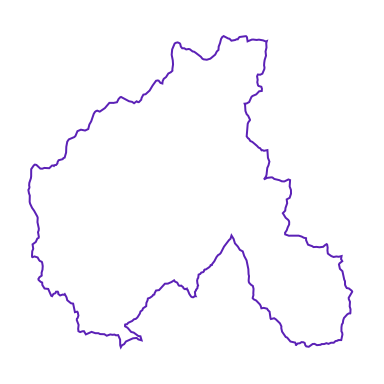 Otuzco, La Libertad, Peru, rotated 182°
{"feature_id": "86281439B7526528114387", "entity_name": "Otuzco", "entity_type": "district", "adm_level": 2, "iso_a3": "PER", "parent_name": "Peru", "parent_adm1": "La Libertad", "projection": "equal_earth", "projection_center": [-78.593, -7.861], "detail": "fine", "context": "isolated", "style": "outline", "palette": "violet", "viewbox_px": 384, "rotation_deg": 182, "n_neighbors": 0, "source": "geoboundaries", "source_scale": "gbopen_adm2", "svg_char_len": 5878}
<svg xmlns="http://www.w3.org/2000/svg" viewBox="0 0 384 384"><g transform="rotate(182 192 192)"><path d="M76.4,149.8L78.7,150.2L80.9,151.3L83.9,152.1L93.7,151.7L97.4,152.9L97.6,154.5L96.0,157.0L95.1,160.0L93.8,162.9L93.8,165.2L94.0,166.2L94.9,167.5L97.5,169.5L100.5,174.0L98.2,176.6L98.0,179.3L96.5,184.1L97.1,187.9L94.2,189.6L93.0,193.7L93.2,197.5L94.6,200.9L94.4,207.3L96.1,207.9L100.0,205.8L102.5,205.8L105.2,206.9L110.2,207.9L112.1,209.3L113.3,209.4L117.6,208.7L120.5,207.1L118.6,210.1L118.1,212.0L117.6,218.7L116.5,221.3L115.7,225.1L117.3,228.8L118.1,236.5L121.5,235.7L123.0,236.3L123.9,236.1L125.4,238.1L127.0,238.7L128.6,240.3L133.5,244.2L135.5,245.0L136.9,247.1L137.9,247.7L139.3,249.5L138.7,262.1L138.1,263.7L136.6,265.8L136.6,266.3L138.5,270.1L140.1,271.7L141.4,274.8L142.0,280.8L142.5,282.1L140.5,282.4L138.0,283.9L136.0,288.9L135.0,290.0L131.2,291.8L128.4,295.0L125.8,295.4L125.7,297.6L126.4,299.6L129.2,300.3L129.8,301.1L130.6,304.0L130.3,306.4L131.0,309.9L130.3,311.7L127.9,311.6L125.8,312.7L124.0,317.4L123.9,319.0L124.4,321.1L124.3,323.8L124.0,326.5L122.8,330.8L123.4,335.0L122.6,338.9L123.0,343.5L122.5,345.4L123.4,345.0L126.2,346.0L130.4,346.6L132.7,346.2L136.1,346.5L137.5,346.4L141.7,344.5L142.5,348.6L143.2,349.5L143.8,349.6L149.7,348.6L150.5,348.0L151.6,346.2L152.8,346.2L154.2,345.4L157.9,344.6L159.9,346.5L161.0,346.6L165.8,348.9L167.2,347.9L168.3,345.9L169.2,341.7L170.4,338.3L170.5,334.9L172.1,333.3L173.6,330.1L178.3,325.9L181.8,324.7L185.1,325.0L186.3,325.6L187.9,327.5L193.4,331.4L194.9,332.3L196.3,332.5L199.2,334.6L200.3,334.8L202.8,334.3L204.8,335.4L206.8,335.3L208.2,336.9L208.9,339.4L209.5,340.2L211.5,341.0L213.2,340.6L214.5,339.8L216.8,333.8L217.1,328.4L215.8,322.8L215.4,318.8L215.9,314.1L215.8,312.5L217.4,310.9L219.8,309.6L221.9,306.0L224.2,304.1L225.2,301.7L225.4,299.4L227.3,299.9L229.2,302.1L230.1,302.3L231.8,301.9L235.1,297.0L237.9,291.9L241.8,288.1L244.0,287.6L245.6,284.4L246.0,282.4L248.2,280.0L249.0,279.9L250.5,280.7L253.0,278.7L255.0,280.0L258.1,280.5L266.2,284.5L267.0,284.2L268.6,282.4L270.1,279.1L273.6,278.3L277.7,278.2L282.0,272.8L287.0,269.1L289.6,270.0L290.9,269.4L291.8,268.6L292.9,266.7L295.2,259.1L296.9,255.9L297.9,251.3L301.0,249.7L305.2,250.4L308.6,248.8L310.4,244.0L311.5,242.8L316.9,240.3L318.4,238.0L319.2,232.8L319.2,227.0L320.5,221.9L321.7,221.4L322.4,220.3L326.4,219.1L327.4,217.2L327.5,215.9L328.7,214.3L330.3,214.0L330.9,213.2L331.6,213.7L332.9,213.5L335.5,210.8L340.4,210.9L342.4,210.1L344.4,210.1L348.4,213.6L350.0,213.9L351.1,213.0L353.5,209.2L353.3,202.0L353.5,200.1L354.9,195.4L355.0,192.8L354.6,191.2L354.8,190.1L355.6,188.3L354.9,185.1L354.0,182.8L353.9,176.5L353.4,174.7L351.3,170.6L349.1,167.7L345.7,162.0L345.3,160.8L345.4,156.5L343.8,150.1L343.9,148.2L344.5,146.5L343.5,141.9L343.7,140.8L345.0,140.0L346.4,136.6L349.5,134.1L348.7,129.7L349.6,127.2L349.7,122.4L349.5,121.5L349.1,121.3L347.2,122.1L344.0,121.2L342.5,118.7L341.7,117.8L339.7,117.0L339.2,115.8L338.6,112.8L338.7,109.3L339.5,106.0L339.3,103.2L341.5,101.5L342.5,99.7L342.2,98.7L340.2,97.0L338.6,96.3L338.3,93.8L336.0,90.4L332.3,90.1L329.1,83.4L328.2,83.0L326.9,85.3L325.0,86.1L324.4,87.6L322.7,87.7L322.2,87.0L322.1,85.5L320.2,84.0L317.6,85.0L316.3,84.8L315.6,85.5L313.7,82.3L312.9,79.5L309.1,76.6L306.9,76.3L304.8,67.8L302.6,68.4L302.0,67.8L301.2,64.5L301.9,62.1L302.6,61.3L302.7,60.0L300.7,55.2L301.0,51.2L300.6,48.9L298.9,48.1L296.6,49.0L295.1,49.1L293.1,46.0L287.5,48.7L283.6,47.5L280.6,47.6L278.9,46.8L274.6,46.8L272.2,45.4L268.7,46.8L266.5,46.5L264.4,46.8L263.0,46.1L260.8,46.4L258.7,42.0L258.4,36.4L257.7,34.4L256.7,36.3L254.5,37.6L252.8,40.3L245.9,43.7L242.2,44.2L240.5,42.8L237.2,42.0L238.5,46.0L240.6,46.2L245.4,49.5L247.9,50.0L251.7,54.1L254.2,55.4L254.3,56.8L254.1,57.3L252.3,57.6L251.1,59.1L247.3,61.0L245.5,62.8L243.8,63.2L242.2,64.7L239.9,68.6L239.3,70.8L237.5,72.2L236.9,74.0L233.8,76.3L233.7,79.6L232.6,82.3L232.4,84.0L230.2,84.9L227.9,86.7L227.2,87.9L226.1,88.2L225.8,89.6L224.5,92.3L221.5,92.8L215.9,99.4L212.9,99.6L209.4,101.3L206.8,103.1L205.9,101.9L203.6,100.9L202.0,98.1L200.7,97.8L199.6,98.1L197.6,96.6L197.0,95.4L195.8,94.7L193.9,95.2L194.0,94.5L193.0,94.2L191.1,90.0L189.3,87.5L188.2,86.9L186.9,86.9L185.7,88.0L184.7,88.0L185.1,88.7L185.6,92.2L184.5,93.9L184.5,94.6L183.3,95.9L183.1,98.0L182.6,98.6L183.4,100.8L183.8,103.6L183.4,105.5L182.8,106.4L182.5,109.7L180.9,110.4L179.9,111.8L178.1,112.3L177.4,113.0L177.1,114.4L176.4,115.0L175.6,115.0L172.5,117.2L171.1,118.6L170.8,119.6L169.6,119.7L169.3,120.8L167.3,123.5L165.2,127.9L163.7,129.9L162.2,130.8L161.1,132.1L158.1,138.5L153.3,145.3L151.9,146.6L151.0,149.9L148.8,146.6L147.3,142.2L144.3,139.1L142.2,135.9L139.2,134.4L137.6,129.9L135.1,125.6L133.0,116.9L132.6,111.8L132.1,110.0L132.3,105.7L132.1,104.1L131.5,103.0L129.7,101.3L127.9,100.2L127.1,97.3L127.2,92.8L127.0,91.2L127.7,88.1L126.6,86.9L124.1,85.8L120.2,82.0L119.3,80.4L118.6,78.2L116.2,78.7L112.9,78.0L111.9,76.5L110.3,75.1L109.1,68.4L108.7,67.8L105.5,68.7L103.8,67.7L99.5,63.8L98.0,60.9L98.0,59.0L97.1,55.6L93.3,50.4L91.8,49.8L88.4,46.0L83.6,45.1L82.9,43.6L82.8,42.1L82.4,43.0L81.0,44.3L79.0,44.6L77.3,45.8L75.3,45.7L74.1,45.0L73.4,42.8L72.4,41.7L69.9,41.4L66.1,44.3L64.2,44.5L61.8,43.3L58.1,43.8L57.3,44.5L54.5,44.7L52.4,45.6L50.3,45.0L47.8,46.2L45.1,46.3L43.4,48.0L41.3,48.5L40.7,49.1L37.7,49.2L36.7,54.8L37.0,56.6L37.8,58.0L37.9,62.0L37.6,64.8L36.7,66.3L36.4,69.1L35.7,71.4L32.5,75.2L31.1,76.1L29.6,76.2L29.5,76.5L29.5,80.4L30.4,83.1L30.3,87.8L31.6,90.5L31.7,91.8L28.4,97.9L28.9,98.9L31.9,101.1L34.0,101.4L35.1,103.1L35.8,104.6L36.0,108.2L36.8,109.7L38.9,118.1L41.5,120.4L42.6,124.7L42.1,125.8L39.4,128.1L40.7,130.2L40.3,133.2L43.0,132.4L45.5,132.6L48.2,132.0L50.5,132.8L53.7,134.9L54.1,135.3L54.6,138.3L54.5,141.2L55.1,144.1L55.6,144.6L56.9,143.8L59.0,141.8L62.7,141.2L65.7,141.5L68.6,141.2L70.1,142.1L74.2,143.4L76.3,147.8L76.4,149.8Z" fill="none" stroke="#5b21b6" stroke-width="2"/></g></svg>